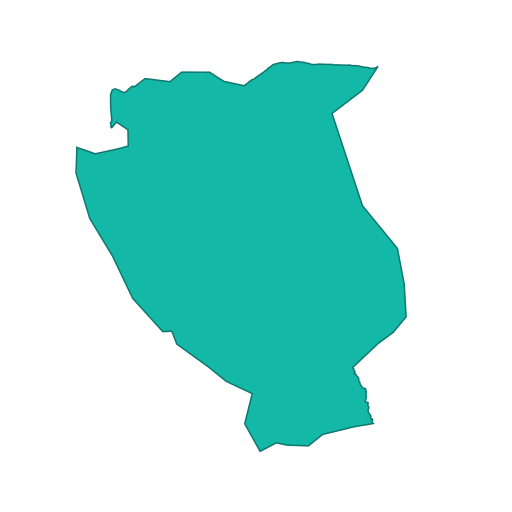 Altanbulag, Töv, Mongolia (Natural Earth projection), rotated 258°
{"feature_id": "93677404B27653771578089", "entity_name": "Altanbulag", "entity_type": "district", "adm_level": 2, "iso_a3": "MNG", "parent_name": "Mongolia", "parent_adm1": "Töv", "projection": "natural_earth1", "projection_center": [106.111, 47.461], "detail": "fine", "context": "isolated", "style": "filled", "palette": "teal", "viewbox_px": 512, "rotation_deg": 258, "n_neighbors": 0, "source": "geoboundaries", "source_scale": "gbopen_adm2", "svg_char_len": 4562}
<svg xmlns="http://www.w3.org/2000/svg" viewBox="0 0 512 512"><g transform="rotate(258 256 256)"><path d="M399.5,103.4L374.6,97.2L327.2,101.2L285.5,115.7L240.1,126.6L201.4,149.1L199.9,158.1L186.3,160.2L157.5,186.3L139.6,200.8L122.2,223.7L94.2,210.1L64.1,219.4L69.0,237.1L64.6,246.9L59.4,267.8L67.6,284.0L68.6,315.8L67.8,335.9L68.4,335.5L68.8,335.2L69.1,335.2L69.3,335.1L69.6,335.1L69.9,335.0L70.2,335.1L70.5,335.2L70.6,335.6L70.8,335.8L71.0,335.8L72.2,336.0L72.4,335.9L72.6,335.7L72.5,335.3L72.5,334.9L72.6,334.7L72.7,334.4L73.0,334.4L73.4,334.4L73.7,334.4L74.0,334.5L74.4,334.5L74.7,334.6L74.9,334.9L75.1,335.0L75.5,335.1L75.8,335.0L76.0,334.8L76.3,334.8L76.5,334.7L76.8,334.6L77.0,334.5L77.2,334.4L77.6,334.4L77.9,334.3L78.1,334.2L78.6,333.9L79.6,333.6L80.3,333.4L81.2,333.4L82.0,333.6L82.5,333.9L83.0,334.2L83.7,334.6L84.2,334.7L84.6,334.9L85.0,334.8L85.4,334.7L85.8,334.6L86.1,334.5L86.5,334.4L87.0,334.3L87.3,334.3L87.6,334.4L87.7,334.6L87.9,334.8L88.1,334.9L88.5,335.0L88.8,335.0L89.2,335.1L89.6,335.0L89.7,334.7L89.7,333.8L89.8,333.4L90.0,333.0L90.3,332.8L90.6,332.7L90.9,332.8L91.4,332.9L91.8,333.0L92.3,333.3L92.7,333.5L93.2,333.8L93.7,333.9L94.2,334.1L94.8,334.3L95.1,334.5L95.6,334.8L96.1,334.8L96.5,334.6L96.9,334.6L97.4,334.7L97.7,334.8L98.2,335.1L98.8,335.2L99.1,335.1L99.5,335.3L100.0,335.6L100.5,335.8L100.8,335.9L101.1,335.5L101.4,335.2L101.9,335.1L102.3,335.4L102.7,335.6L103.2,335.7L103.5,335.6L103.7,335.2L103.9,334.7L104.0,334.3L104.2,333.9L104.7,333.3L105.2,332.8L106.0,332.4L107.1,332.0L107.9,331.6L108.5,331.4L108.9,331.1L109.3,331.1L109.7,331.1L110.1,331.3L110.4,331.5L110.7,331.4L111.2,331.0L111.6,330.7L111.8,330.6L112.1,330.6L112.6,330.8L113.0,330.7L113.5,330.8L114.2,330.8L114.9,330.9L115.4,330.9L115.9,330.8L116.3,330.5L116.7,330.1L117.1,329.9L117.6,329.7L118.1,329.5L118.7,329.4L119.2,329.2L119.6,329.0L119.8,328.7L119.8,328.3L120.0,328.0L120.1,327.8L120.3,327.7L120.5,327.7L120.8,327.8L121.0,327.9L121.1,328.1L121.3,328.4L121.6,328.6L121.9,328.8L122.1,328.7L122.4,328.7L122.8,328.5L123.1,328.3L123.3,328.1L123.6,327.9L123.8,327.9L124.2,327.9L124.5,328.0L124.8,328.2L125.1,328.2L125.3,328.2L125.6,328.0L125.8,327.7L126.1,327.6L126.5,327.4L126.8,327.3L133.5,338.3L144.8,356.8L152.8,374.3L165.3,390.2L197.5,395.1L234.0,395.9L283.0,370.6L307.6,367.9L379.7,360.0L395.9,394.5L416.1,414.8L415.2,412.2L415.1,411.7L415.0,411.1L415.1,410.2L415.3,409.4L415.4,408.6L415.5,407.8L415.8,407.0L416.3,406.0L417.1,404.7L417.5,403.5L417.8,402.5L417.9,401.7L418.1,401.0L418.3,400.4L418.7,399.8L419.3,398.7L419.7,397.6L420.1,396.7L420.6,395.8L420.8,395.0L421.1,394.2L421.3,393.5L421.6,392.6L421.8,391.4L422.0,390.2L422.3,389.5L422.8,388.6L423.1,387.6L423.5,386.4L423.7,385.5L423.7,384.7L423.8,383.9L424.2,382.8L424.3,382.3L424.5,381.5L424.6,380.9L424.9,379.6L425.4,377.9L425.9,376.0L426.1,375.1L426.4,373.7L426.6,372.3L426.7,371.7L426.8,371.3L427.3,370.7L427.6,370.3L427.7,369.6L427.9,368.7L428.3,367.0L428.6,365.4L428.9,364.2L429.2,363.3L429.6,361.7L429.8,360.6L430.1,359.8L430.2,359.0L430.4,358.3L430.6,357.5L430.7,356.5L430.8,355.8L430.9,355.0L430.9,354.1L431.0,353.5L431.2,352.9L431.4,352.1L431.6,351.0L431.7,350.3L432.1,349.7L432.5,349.2L433.1,348.3L433.4,347.6L433.9,346.2L434.3,345.3L435.0,344.1L435.6,342.7L435.9,342.0L436.1,341.5L436.2,340.8L436.4,339.7L437.2,338.2L437.5,337.4L437.7,336.8L437.7,335.5L437.7,334.2L437.7,333.3L437.7,331.5L437.7,330.5L437.7,329.7L437.8,329.1L437.9,328.4L438.0,327.5L438.5,325.7L438.8,324.4L439.3,323.5L439.9,322.0L440.0,320.7L439.9,319.3L440.0,318.1L439.9,316.5L439.8,313.9L439.5,312.2L439.3,311.7L438.7,310.5L438.1,309.7L437.9,308.8L437.4,307.4L437.2,306.8L436.1,305.7L435.7,304.6L435.3,303.6L434.1,301.4L433.6,300.5L433.6,299.7L433.1,299.2L432.8,298.0L432.0,296.3L431.5,295.0L431.1,294.1L429.5,290.7L429.2,289.8L429.2,288.9L428.9,287.7L428.3,286.6L428.1,285.7L427.4,284.6L426.8,283.8L426.2,282.5L425.7,281.2L424.9,280.1L433.5,260.9L445.4,248.8L451.3,221.5L444.4,208.0L452.6,184.4L446.8,172.2L447.2,171.7L447.7,170.6L447.7,170.0L447.3,169.3L446.8,168.6L446.6,167.8L446.1,166.8L445.5,165.7L444.8,165.0L444.3,164.4L443.6,162.3L443.3,161.0L443.3,160.4L443.9,159.8L444.6,159.0L445.2,158.0L446.0,157.3L447.9,154.5L448.6,153.2L448.8,152.1L448.7,151.3L448.2,150.1L448.2,149.9L444.1,147.3L431.5,144.7L424.0,143.8L418.2,143.1L417.4,142.3L416.2,141.2L415.4,141.3L414.9,141.4L414.5,141.5L413.7,141.7L412.8,140.7L412.5,140.9L411.5,141.6L413.1,143.6L415.8,147.1L416.0,147.3L407.9,155.3L406.1,157.0L390.1,153.9L389.5,143.3L389.4,120.0L399.4,103.5L399.5,103.4Z" fill="#14b8a6" stroke="#0f766e" stroke-width="1.5"/></g></svg>